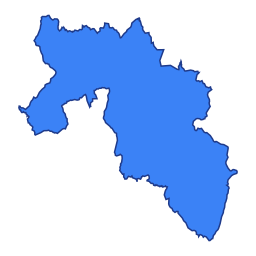 the district of Alausi, Cañar, Ecuador
{"feature_id": "8360857B82258447900817", "entity_name": "Alausi", "entity_type": "district", "adm_level": 2, "iso_a3": "ECU", "parent_name": "Ecuador", "parent_adm1": "Cañar", "projection": "equal_earth", "projection_center": [-78.792, -2.325], "detail": "fine", "context": "isolated", "style": "filled", "palette": "blue", "viewbox_px": 256, "rotation_deg": 0, "n_neighbors": 0, "source": "geoboundaries", "source_scale": "gbopen_adm2", "svg_char_len": 5716}
<svg xmlns="http://www.w3.org/2000/svg" viewBox="0 0 256 256"><path d="M86.3,25.6L84.6,26.2L84.0,27.0L83.7,26.3L82.5,25.5L82.2,29.2L81.6,29.7L79.7,29.5L78.0,31.0L74.9,30.1L73.6,31.6L72.7,31.4L72.4,32.0L69.7,30.8L68.5,31.1L67.9,31.7L66.2,29.7L65.3,30.3L64.7,28.7L63.8,27.4L63.7,27.8L62.0,27.3L61.7,28.5L61.1,29.1L61.1,29.7L59.5,30.9L58.1,29.0L58.0,26.0L58.4,25.0L58.4,23.3L58.7,21.9L58.2,20.1L57.2,19.0L54.4,18.9L53.4,19.8L52.5,19.9L50.6,18.3L49.0,15.4L47.8,15.5L46.1,16.6L42.5,16.5L41.5,17.3L41.3,17.8L41.7,18.4L41.4,20.0L40.7,20.9L41.2,24.1L40.7,25.0L40.2,28.7L37.6,35.4L36.1,36.9L35.4,38.7L34.1,40.7L35.6,42.7L35.8,44.8L36.8,45.6L38.4,45.7L39.8,46.7L40.2,49.7L41.4,53.0L42.6,55.1L43.3,60.8L45.5,63.6L47.3,63.5L47.8,64.0L48.9,64.2L49.5,65.9L50.4,67.3L52.4,68.2L55.3,70.7L56.0,72.2L55.9,72.9L55.5,74.3L53.4,76.9L50.7,78.9L50.6,80.9L49.8,82.9L46.6,84.0L45.1,85.0L44.8,87.1L42.1,89.3L39.4,92.4L37.1,97.1L35.3,98.2L33.8,97.1L32.5,99.9L31.4,100.9L30.4,102.7L29.5,105.7L25.5,109.4L23.0,107.9L21.1,107.8L20.3,107.1L20.1,106.3L19.2,106.1L18.9,107.8L19.6,109.8L20.6,110.0L21.0,111.5L21.8,112.5L22.9,112.4L23.4,111.7L24.6,112.7L25.8,112.6L26.1,114.0L27.1,114.7L27.1,116.2L27.8,115.7L28.9,116.4L28.7,117.6L27.4,119.1L28.3,122.9L29.0,122.9L29.7,123.4L30.0,124.6L32.5,126.5L32.8,127.1L32.1,129.9L34.1,130.9L34.8,132.5L34.8,134.4L35.3,135.0L40.7,132.7L43.9,130.7L47.0,130.6L48.7,130.2L50.1,131.2L51.8,131.3L53.3,132.5L53.8,132.3L54.7,133.0L55.8,132.7L57.4,133.4L62.4,129.1L64.1,128.5L65.4,128.9L66.8,125.4L67.8,124.4L67.8,123.3L67.1,121.6L67.1,118.7L66.2,117.9L65.4,115.4L65.3,114.2L63.3,111.6L63.0,109.1L62.4,107.3L61.8,106.6L61.7,105.9L62.3,105.2L63.9,104.4L64.4,103.5L65.9,103.4L66.7,102.7L67.0,101.4L67.7,101.5L70.8,100.1L71.6,100.4L74.7,99.5L77.1,100.1L78.9,99.8L79.4,99.3L79.4,98.6L80.2,97.7L81.5,97.8L83.8,95.3L85.5,94.5L86.3,96.3L87.1,100.7L89.7,107.0L89.9,106.5L90.7,106.4L90.4,105.1L90.6,102.7L92.6,101.3L92.6,98.8L97.0,98.7L95.6,94.8L94.4,93.5L94.2,90.5L95.2,90.4L96.8,88.9L98.2,89.0L99.2,88.3L101.3,88.2L102.1,87.5L103.2,87.8L104.3,87.6L106.2,88.7L108.9,88.2L109.4,89.6L109.6,91.2L109.3,92.6L107.8,95.4L108.4,99.7L107.3,102.9L106.5,107.5L105.8,109.1L104.3,111.4L104.3,114.9L103.5,117.3L103.5,118.5L104.9,120.6L105.6,122.6L109.8,126.2L111.2,128.0L112.1,128.3L114.7,132.6L116.5,133.3L116.6,135.8L117.1,137.5L117.4,140.4L114.5,152.3L115.2,153.8L115.4,155.3L116.6,155.9L119.2,155.1L120.2,154.3L122.0,155.8L122.2,158.4L121.6,162.4L120.5,164.1L120.8,165.0L119.9,167.3L120.2,168.9L119.7,170.4L122.6,174.3L123.8,174.0L123.7,177.0L124.4,177.8L124.9,179.1L126.7,178.9L128.4,176.3L130.9,177.0L131.9,176.0L132.5,177.7L135.8,179.0L136.9,180.5L136.8,181.7L137.2,180.9L136.9,179.2L137.1,178.8L138.9,178.5L140.5,179.2L140.9,178.8L141.6,176.8L142.1,176.8L142.8,175.9L144.5,176.4L148.0,175.0L149.0,176.0L149.3,178.1L149.0,179.0L147.1,180.2L147.0,180.8L149.2,181.4L151.1,183.4L152.7,183.4L153.8,184.7L153.7,185.2L155.0,185.7L155.9,184.8L156.2,185.4L157.4,185.2L158.1,186.0L159.4,186.1L159.9,186.7L161.1,185.8L161.5,186.4L162.1,186.0L162.9,187.1L163.9,186.5L165.1,186.6L165.5,186.0L166.7,187.1L167.2,187.0L166.6,188.9L165.9,189.6L165.2,191.3L164.3,194.9L166.0,199.5L169.0,198.4L168.7,203.9L169.2,205.6L170.4,207.5L172.0,208.4L173.0,210.8L175.0,212.4L176.6,211.4L178.0,211.5L178.1,213.2L182.4,218.1L183.7,220.8L185.9,222.8L188.1,227.9L192.1,230.7L194.1,230.4L195.6,231.0L196.4,232.6L196.4,234.2L198.5,235.1L198.7,236.5L199.9,234.6L200.5,234.6L202.5,235.6L203.3,237.2L204.4,236.2L206.3,236.9L209.1,240.6L210.0,240.5L212.1,238.6L212.7,238.6L213.4,235.5L214.8,234.0L216.1,231.4L217.8,229.8L218.5,228.6L220.1,223.7L221.6,216.7L223.3,212.7L223.5,210.6L224.6,207.4L225.0,203.3L225.8,201.7L226.8,198.2L227.0,194.7L228.0,193.1L228.4,189.2L229.0,188.4L228.9,187.4L228.4,186.6L226.8,185.2L227.7,184.9L228.1,184.2L228.1,183.3L227.5,182.5L228.1,179.7L231.6,175.6L233.6,174.4L236.7,173.4L237.1,172.2L237.0,171.2L236.5,170.5L233.8,169.6L233.0,169.6L231.3,170.8L230.2,170.8L228.1,168.2L226.3,164.7L225.8,163.1L226.0,161.5L228.0,157.3L227.0,154.9L228.1,148.7L228.1,147.5L227.8,146.8L223.8,144.6L220.8,144.2L216.6,141.6L215.8,141.5L215.1,142.0L214.2,141.7L213.4,140.9L212.6,139.1L210.3,135.6L206.8,132.6L205.6,132.8L204.2,132.2L201.5,128.4L199.5,128.8L198.0,128.2L196.6,130.5L195.9,130.6L194.7,129.7L194.4,126.8L192.7,124.9L193.4,121.3L196.2,118.8L197.2,118.5L199.6,118.7L201.0,119.8L203.0,119.5L203.6,118.9L204.8,118.8L205.3,117.0L206.8,116.4L207.0,115.6L206.3,113.7L206.4,112.6L210.2,106.4L209.5,105.0L209.1,102.9L209.5,101.6L209.4,99.5L207.9,96.5L207.5,94.6L208.2,92.2L211.7,89.6L210.9,88.6L210.5,87.0L208.8,87.8L205.9,86.7L204.4,83.6L203.3,83.6L202.0,80.7L199.8,81.7L198.8,80.8L196.8,81.0L196.1,80.3L195.9,79.7L196.9,75.1L197.3,74.2L198.4,73.5L199.0,72.6L198.4,72.7L197.8,71.3L194.6,71.7L193.4,70.7L190.6,70.1L185.7,71.0L184.6,70.8L183.8,69.0L182.1,67.6L181.3,66.4L181.6,64.7L181.1,63.2L181.3,62.0L181.0,61.2L180.8,62.1L180.0,62.9L180.0,64.3L179.6,64.4L179.6,65.4L178.6,66.1L178.5,66.9L179.0,68.5L178.8,69.6L177.0,69.2L170.5,65.4L161.1,66.1L159.8,60.5L163.7,49.7L157.1,49.8L154.0,46.1L153.3,43.8L153.2,42.4L151.4,43.2L151.1,37.3L149.1,34.7L148.9,32.6L145.2,33.2L143.0,30.2L142.6,28.8L142.8,27.1L141.5,25.6L140.3,21.0L139.6,21.0L139.6,18.7L139.2,18.0L138.5,18.3L138.4,18.7L137.8,18.7L137.8,19.1L137.5,18.8L135.9,19.5L131.9,23.0L131.3,25.9L130.6,27.3L127.7,29.5L126.9,30.3L126.6,31.5L124.0,33.8L121.3,37.5L120.3,37.8L119.0,33.7L118.2,32.5L117.3,32.0L116.5,30.2L115.0,30.0L113.9,29.2L113.5,28.2L112.4,27.5L111.4,27.9L109.5,27.6L108.5,23.7L104.7,23.1L104.7,25.1L103.5,28.0L100.5,27.8L99.9,28.7L100.1,30.0L99.9,31.2L97.9,32.4L97.3,33.2L94.1,28.8L93.0,28.6L90.5,29.7L89.7,28.0L88.0,27.3L86.3,25.6Z" fill="#3b82f6" stroke="#1e3a8a" stroke-width="1.5"/></svg>